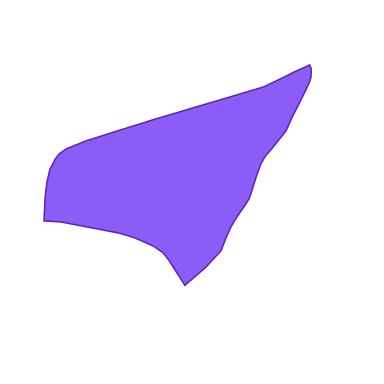 outline of Quan 4, Hồ Chí Minh city, Vietnam, rotated 163°
{"feature_id": "81297802B29563104023098", "entity_name": "Quan 4", "entity_type": "district", "adm_level": 2, "iso_a3": "VNM", "parent_name": "Vietnam", "parent_adm1": "Hồ Chí Minh city", "projection": "natural_earth1", "projection_center": [106.703, 10.761], "detail": "fine", "context": "isolated", "style": "filled", "palette": "violet", "viewbox_px": 384, "rotation_deg": 163, "n_neighbors": 0, "source": "geoboundaries", "source_scale": "gbopen_adm2", "svg_char_len": 1073}
<svg xmlns="http://www.w3.org/2000/svg" viewBox="0 0 384 384"><g transform="rotate(163 192 192)"><path d="M47.9,262.3L47.4,262.9L45.7,265.3L45.5,265.7L44.8,266.7L42.8,272.1L42.0,274.9L42.3,279.2L47.8,278.3L49.7,278.1L55.5,277.4L58.9,277.0L72.8,274.6L92.7,271.6L119.2,271.8L119.9,271.8L124.2,271.8L168.2,272.2L173.6,272.2L198.4,272.4L199.3,272.4L206.7,272.5L238.2,272.3L242.5,272.3L243.4,272.3L273.9,271.9L274.4,271.9L274.7,271.9L278.4,271.9L289.9,270.9L295.2,270.4L299.3,270.1L308.0,267.3L313.3,263.3L321.2,255.3L327.9,243.8L329.9,239.2L330.4,238.1L331.6,235.5L331.7,235.3L334.3,229.2L342.0,207.6L326.1,201.7L323.0,200.0L276.2,175.3L273.1,173.6L268.0,170.2L260.0,164.7L244.4,151.2L237.6,142.6L234.4,134.6L226.1,104.8L201.0,115.9L181.4,127.3L173.4,137.5L165.6,146.6L159.4,152.4L155.2,155.8L154.6,156.3L152.9,157.7L143.8,164.9L138.9,169.3L133.2,177.4L130.3,181.7L125.0,189.3L117.7,199.0L113.3,203.0L111.5,204.7L102.8,210.2L94.9,215.6L93.3,216.7L88.8,219.7L84.0,223.2L73.2,235.5L65.7,243.1L53.5,256.1L47.9,262.3Z" fill="#8b5cf6" stroke="#5b21b6" stroke-width="1.5"/></g></svg>